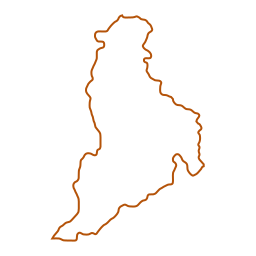 Janico, Santiago, Dominican Republic (Natural Earth projection)
{"feature_id": "3306468B30631228592753", "entity_name": "Janico", "entity_type": "district", "adm_level": 2, "iso_a3": "DOM", "parent_name": "Dominican Republic", "parent_adm1": "Santiago", "projection": "natural_earth1", "projection_center": [-70.782, 19.24], "detail": "fine", "context": "isolated", "style": "outline", "palette": "amber", "viewbox_px": 256, "rotation_deg": 0, "n_neighbors": 0, "source": "geoboundaries", "source_scale": "gbopen_adm2", "svg_char_len": 5766}
<svg xmlns="http://www.w3.org/2000/svg" viewBox="0 0 256 256"><path d="M171.1,97.0L169.4,96.5L167.6,95.6L166.8,95.3L166.0,95.1L163.4,94.9L162.6,94.7L161.9,94.3L161.2,93.7L160.7,93.0L160.3,92.1L160.2,91.1L160.1,90.1L160.2,88.0L160.3,86.4L160.5,85.4L161.2,83.2L161.2,82.4L160.8,81.7L160.3,81.2L159.9,81.0L159.2,80.7L156.2,80.4L154.9,80.2L151.7,78.4L151.0,78.0L150.4,77.4L149.8,76.7L148.7,74.3L146.9,71.6L146.6,70.8L146.6,70.0L147.2,68.1L147.4,66.8L147.5,65.4L147.4,64.0L147.1,63.2L146.6,62.7L145.0,62.1L144.5,61.7L144.2,61.4L144.0,60.7L144.0,59.9L144.0,59.4L144.5,58.7L145.2,58.3L146.4,58.2L149.0,58.3L149.8,58.1L150.2,58.0L150.6,57.7L151.0,56.9L151.2,56.1L151.1,55.2L150.9,54.2L150.7,53.8L150.2,53.0L149.6,52.2L148.5,51.3L147.8,50.7L145.8,49.7L145.1,49.2L143.8,48.0L143.3,47.2L142.9,46.4L142.9,45.5L143.3,44.7L144.8,42.6L145.3,41.8L146.9,38.1L147.2,37.2L147.7,34.9L148.2,33.7L148.7,33.0L149.3,32.5L151.2,31.3L151.7,30.8L152.1,30.1L152.2,29.3L152.0,28.6L151.1,26.3L150.7,25.5L150.2,24.8L149.6,24.2L148.1,23.0L147.0,21.4L146.5,20.8L145.5,20.1L144.7,19.8L142.2,19.4L141.1,19.1L140.5,18.7L139.5,17.7L137.3,16.5L136.7,16.4L136.3,16.4L134.3,17.1L132.4,17.4L128.0,17.5L125.1,17.5L123.8,17.3L123.1,16.9L122.6,16.4L122.2,15.4L120.6,15.9L119.7,16.6L118.9,17.6L118.2,19.2L117.5,20.2L116.6,21.0L115.1,21.8L114.3,22.4L112.9,23.7L111.1,25.6L109.5,27.6L108.6,28.8L107.7,30.3L107.2,30.9L106.8,31.1L106.0,31.4L105.1,31.5L99.3,31.4L98.4,31.4L97.5,31.6L96.6,32.0L96.0,32.5L95.5,33.2L95.1,34.1L95.0,35.5L95.0,36.5L95.2,37.4L95.8,38.6L96.6,40.0L97.3,41.0L97.7,41.2L98.5,41.5L102.0,41.6L102.8,41.8L103.2,41.9L103.5,42.2L103.8,42.6L104.0,43.0L104.2,44.0L104.2,45.4L104.0,46.4L103.8,46.8L103.2,47.4L102.5,47.7L100.6,48.2L99.9,48.5L98.0,49.7L97.4,50.3L97.2,50.7L96.9,51.5L96.8,52.5L96.8,57.7L96.7,58.7L96.4,59.7L95.4,62.1L94.7,63.8L93.5,66.1L92.8,67.8L91.9,69.8L91.5,71.2L91.4,72.8L91.5,74.4L91.8,75.9L92.5,77.4L92.7,78.1L92.7,78.9L92.7,79.3L92.3,80.0L90.2,81.7L89.2,82.8L88.3,83.9L86.4,87.9L86.1,88.8L86.0,90.3L86.2,91.7L86.6,92.6L87.4,93.9L89.9,96.8L90.3,97.6L90.5,98.0L90.5,98.9L89.9,101.2L89.7,102.7L89.6,105.3L89.7,107.4L90.0,108.4L91.1,111.3L91.8,114.5L92.8,116.9L93.5,120.2L93.7,121.0L94.6,123.1L95.3,126.3L95.6,127.2L96.2,128.0L99.3,131.9L99.8,132.8L100.2,133.7L100.4,135.3L100.5,137.4L100.5,145.0L100.5,146.5L100.3,147.5L100.0,148.3L99.8,148.7L99.2,149.1L97.8,149.8L97.3,150.4L97.1,151.2L96.7,153.9L96.3,154.7L96.0,154.9L95.6,155.1L94.9,155.3L93.7,155.1L93.0,154.8L91.2,153.8L89.9,153.4L88.0,153.2L86.6,153.5L85.8,153.9L84.9,154.8L84.4,155.5L83.7,157.0L83.2,157.7L82.5,158.6L81.4,159.6L80.9,160.3L80.6,161.6L80.4,165.2L80.2,166.7L79.9,167.6L79.1,169.7L78.9,170.6L78.8,172.7L78.7,176.9L78.7,177.9L78.5,178.9L78.1,179.8L77.3,180.8L76.7,181.3L74.9,182.2L74.1,183.1L73.7,183.8L73.5,184.3L73.3,185.2L73.4,186.7L73.7,188.0L74.7,189.9L75.4,191.7L76.6,194.0L77.3,195.7L78.2,197.7L78.6,199.1L78.8,201.6L78.8,208.5L78.6,210.8L78.4,212.0L77.7,213.2L76.9,214.3L72.2,219.5L70.6,221.1L69.9,221.6L69.1,221.9L66.7,222.5L65.8,222.9L65.2,223.3L62.6,225.6L60.8,226.6L60.1,227.1L59.6,227.7L59.1,228.4L58.4,230.1L57.8,231.2L54.0,235.7L52.3,238.5L56.2,238.4L59.1,238.5L60.4,238.9L62.6,240.0L63.5,240.3L64.5,240.4L66.9,240.5L74.4,240.6L75.7,240.4L76.3,239.9L76.6,239.5L76.8,238.7L77.0,236.1L77.2,234.7L77.4,234.3L77.9,233.6L78.5,233.1L78.8,232.9L79.7,232.7L80.5,232.9L82.9,234.2L83.7,234.4L85.1,234.5L86.8,234.6L88.6,234.4L89.4,234.1L91.2,233.2L91.9,233.0L93.1,233.2L95.0,234.1L95.7,234.1L96.0,234.0L96.6,233.6L98.0,231.6L99.8,229.3L101.4,227.4L102.8,226.0L103.8,225.1L105.7,224.1L106.4,223.6L107.5,222.7L110.4,219.7L111.5,218.9L113.0,218.1L113.7,217.6L114.7,216.7L116.0,215.3L117.2,213.8L117.9,212.6L118.3,211.8L118.8,209.0L119.1,208.2L119.9,207.2L120.5,206.6L123.7,204.9L124.5,204.7L125.3,204.7L126.1,205.0L127.4,205.7L128.2,206.1L129.9,206.4L132.1,206.5L134.4,206.5L135.7,206.3L136.5,206.0L137.3,205.6L138.0,205.0L140.5,202.3L141.6,201.4L142.7,200.7L145.1,200.1L145.5,199.9L146.2,199.5L146.7,198.8L147.1,198.1L147.7,195.7L148.1,195.1L148.4,194.8L148.7,194.6L149.5,194.4L153.3,194.3L154.6,193.9L155.4,193.5L156.1,192.9L158.6,190.2L159.6,189.2L160.4,188.7L161.9,187.9L163.6,186.8L167.6,184.8L168.9,184.5L170.9,184.4L172.0,184.0L172.3,183.7L172.6,183.4L172.7,183.0L172.9,182.1L173.0,180.6L172.9,175.4L173.0,173.8L173.1,172.8L173.4,171.9L174.4,170.0L175.1,168.3L175.8,166.8L176.1,166.0L176.2,165.6L176.1,164.6L176.0,164.2L175.6,163.5L174.9,162.6L173.7,161.8L173.2,161.2L173.0,160.3L172.9,159.0L173.1,158.0L173.8,156.7L175.0,155.3L176.1,154.4L177.0,154.2L177.8,154.2L178.7,154.5L179.4,155.1L180.3,156.1L181.2,157.3L181.6,158.1L182.3,159.8L183.0,160.8L184.0,161.6L185.4,162.5L186.3,163.3L186.8,164.0L187.1,164.8L187.3,165.8L187.5,169.1L187.9,170.5L188.7,171.8L189.8,173.3L191.1,174.6L192.1,175.3L192.8,175.6L193.5,175.5L195.9,174.3L196.7,173.8L198.0,172.6L199.9,170.4L201.1,169.0L201.9,167.5L202.4,166.9L203.0,166.6L203.7,166.3L203.7,164.3L199.6,159.7L199.1,158.9L198.8,158.1L198.7,157.7L198.7,156.9L199.4,155.2L199.5,154.5L199.4,153.7L198.8,151.9L198.7,150.6L198.9,149.8L199.4,148.3L199.5,147.2L199.3,146.5L198.5,145.4L198.3,144.8L198.4,144.0L199.4,142.1L199.7,141.2L200.0,139.7L200.1,138.1L200.0,136.5L199.8,135.1L199.4,134.4L198.5,133.2L198.3,132.6L198.3,132.2L198.7,131.5L199.2,130.9L199.8,130.3L200.6,129.7L201.1,129.2L201.4,128.5L201.4,127.6L201.0,126.5L199.8,124.5L199.2,124.0L198.2,123.6L196.4,121.5L196.7,120.2L197.1,119.3L198.9,116.8L199.2,116.0L199.3,115.6L199.1,114.8L198.6,114.2L198.0,113.7L197.6,113.5L195.2,113.0L194.4,112.6L193.7,112.1L191.6,110.3L190.8,109.8L189.6,109.4L186.6,109.1L185.7,108.8L184.6,108.0L182.5,106.2L181.7,105.7L180.5,105.3L177.5,105.0L176.2,104.5L175.5,104.0L174.2,102.6L173.7,101.8L173.2,100.9L172.9,99.0L171.1,97.0Z" fill="none" stroke="#b45309" stroke-width="2"/></svg>